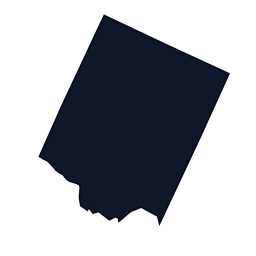 Whiteside, Illinois, United States of America (orthographic projection), rotated 295°
{"feature_id": "52423323B38843546527060", "entity_name": "Whiteside", "entity_type": "district", "adm_level": 2, "iso_a3": "USA", "parent_name": "United States of America", "parent_adm1": "Illinois", "projection": "orthographic", "projection_center": [-90.084, 41.758], "detail": "fine", "context": "isolated", "style": "filled", "palette": "ink", "viewbox_px": 256, "rotation_deg": 295, "n_neighbors": 0, "source": "geoboundaries", "source_scale": "gbopen_adm2", "svg_char_len": 655}
<svg xmlns="http://www.w3.org/2000/svg" viewBox="0 0 256 256"><g transform="rotate(295 128 128)"><path d="M219.9,70.2L220.0,58.9L203.2,58.8L116.2,58.7L113.4,58.8L104.6,59.0L90.9,59.2L64.7,59.7L64.2,65.0L64.2,68.6L63.1,72.0L60.7,77.7L59.3,80.6L58.4,84.7L58.4,88.2L57.8,89.7L55.9,93.3L55.7,93.9L55.2,96.6L55.1,97.9L55.8,102.1L56.1,106.3L56.0,107.4L55.7,108.3L53.9,109.8L45.3,113.0L43.7,113.8L37.7,117.9L36.2,126.0L39.3,126.0L36.0,132.3L39.9,136.6L36.9,150.0L42.3,154.0L42.2,157.6L39.5,159.2L53.4,165.6L61.8,173.4L60.7,192.0L54.5,197.1L151.0,197.3L219.9,196.6L219.6,127.5L219.8,93.4L219.9,70.2Z" fill="#0f172a" stroke="#020617" stroke-width="1.5"/></g></svg>